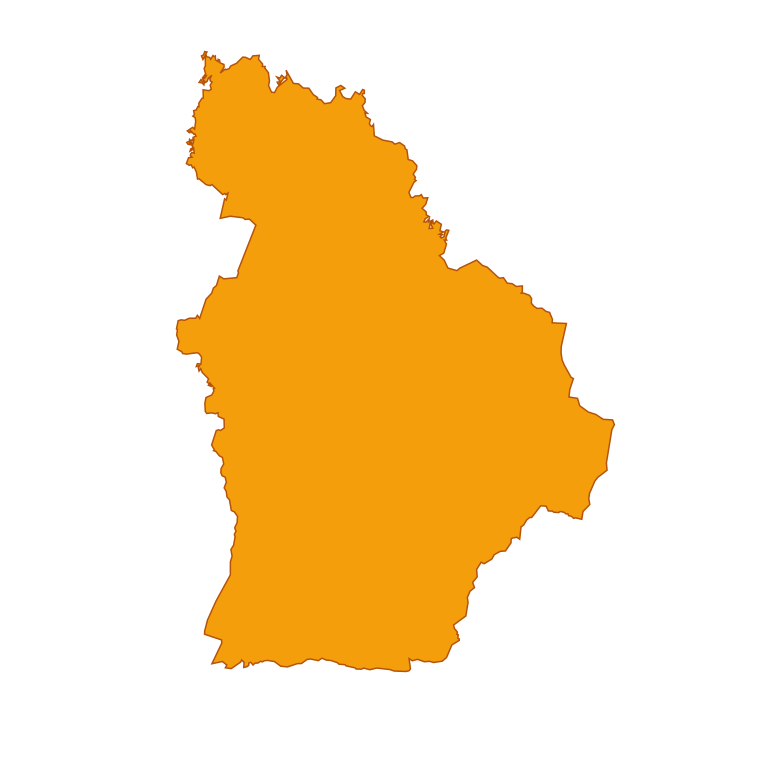 outline of Suciu De Sus, Maramures, Romania, rotated 279°
{"feature_id": "2599482B58467400013366", "entity_name": "Suciu De Sus", "entity_type": "district", "adm_level": 2, "iso_a3": "ROU", "parent_name": "Romania", "parent_adm1": "Maramures", "projection": "robinson", "projection_center": [24.066, 47.421], "detail": "fine", "context": "isolated", "style": "filled", "palette": "amber", "viewbox_px": 768, "rotation_deg": 279, "n_neighbors": 0, "source": "geoboundaries", "source_scale": "gbopen_adm2", "svg_char_len": 6139}
<svg xmlns="http://www.w3.org/2000/svg" viewBox="0 0 768 768"><g transform="rotate(279 384 384)"><path d="M340.7,616.0L374.5,616.2L379.9,617.9L384.3,615.4L383.4,606.0L387.1,597.9L388.3,590.1L393.1,580.7L400.1,577.4L400.1,568.7L407.8,568.4L419.0,570.2L419.8,567.8L430.7,559.2L435.7,556.1L442.5,554.0L448.9,553.2L472.3,554.7L470.7,540.5L474.1,540.3L480.6,536.4L481.1,532.5L483.6,528.2L482.6,523.4L484.2,519.9L486.8,516.9L491.4,516.4L494.3,513.9L495.6,507.9L495.2,505.3L497.0,506.2L502.5,505.3L501.0,499.4L503.1,494.9L502.9,489.9L507.7,485.3L506.6,481.7L507.4,479.7L515.5,467.8L516.5,462.7L520.9,456.1L510.4,440.9L507.4,438.3L508.5,429.0L515.7,424.1L519.5,418.6L522.7,422.6L532.0,423.8L535.7,420.9L535.9,423.4L537.9,422.2L545.9,424.0L546.0,421.8L544.8,420.6L538.6,420.1L537.2,417.7L538.2,416.4L540.7,418.2L540.6,415.2L543.5,419.0L544.1,415.2L550.7,415.7L553.2,410.2L549.9,408.3L551.1,406.9L549.5,405.1L545.5,407.8L544.6,404.3L551.2,404.6L552.0,407.0L553.6,406.5L551.0,402.7L554.4,402.8L550.4,400.1L550.4,398.0L553.9,399.0L556.5,402.3L557.6,399.4L560.6,398.7L563.5,394.1L568.0,397.1L574.8,398.1L573.8,393.6L576.9,391.2L575.4,389.6L574.6,385.4L572.6,383.4L572.6,381.3L577.2,378.6L587.8,382.0L589.9,383.9L590.9,382.2L593.0,382.7L595.9,380.0L601.1,382.5L604.7,382.3L608.9,377.3L609.5,372.8L618.9,370.0L619.6,368.3L622.3,367.0L624.9,361.7L622.6,357.2L624.4,354.2L624.7,344.7L627.6,335.6L638.7,333.0L636.4,331.9L637.1,330.2L638.8,328.8L643.1,329.2L644.9,324.6L648.7,322.8L648.8,325.2L651.2,321.6L655.4,319.1L659.1,321.2L662.8,320.8L665.6,317.4L667.3,317.5L667.9,319.1L671.1,318.6L671.5,316.8L666.2,314.6L668.1,310.0L660.2,306.6L660.0,301.7L661.4,298.3L666.9,294.2L670.0,299.0L672.1,294.6L668.9,290.2L661.2,291.2L653.5,287.3L651.6,281.4L654.9,277.2L654.9,273.4L656.6,273.5L658.8,268.8L664.4,263.5L663.7,257.9L667.1,252.6L666.7,247.5L678.6,238.2L674.3,239.9L671.5,238.8L671.0,237.8L672.9,234.6L669.9,233.2L670.4,230.2L666.4,234.4L665.4,231.3L662.9,233.2L670.4,237.2L671.0,240.0L669.6,240.5L660.4,232.2L654.7,230.3L654.7,227.2L660.7,223.3L665.3,223.5L673.4,221.1L677.5,216.8L679.0,217.0L678.6,214.1L681.0,214.1L685.1,209.3L689.1,209.4L687.6,203.2L683.6,201.1L685.0,196.1L684.8,193.4L677.6,188.1L674.2,182.9L671.3,181.7L669.7,179.0L670.2,177.9L665.5,173.6L672.1,176.5L674.6,175.9L675.5,171.9L678.4,170.8L678.7,169.4L676.4,169.7L677.8,166.9L681.6,166.1L680.8,165.1L681.7,163.7L677.6,162.1L679.3,160.7L679.5,157.5L682.4,156.4L684.2,157.2L684.3,154.9L680.9,154.3L679.5,152.4L676.2,154.4L680.4,156.1L670.4,157.8L667.5,157.0L662.3,159.3L657.7,156.6L659.0,158.6L660.8,159.0L660.9,160.3L658.2,159.2L656.8,157.2L654.4,159.9L654.4,157.4L656.0,155.6L652.9,154.2L652.9,157.3L651.3,159.3L653.1,159.3L655.2,161.9L658.6,162.7L662.0,165.6L658.0,164.3L656.1,165.1L655.4,166.9L651.9,165.6L648.1,167.3L646.3,165.1L646.3,159.3L638.2,160.8L637.7,159.5L632.5,157.2L628.9,157.8L628.9,156.7L625.4,155.7L624.2,153.2L620.4,154.6L618.6,153.3L617.7,155.8L614.0,156.9L606.1,157.1L607.6,154.9L603.2,150.1L601.8,152.4L603.8,153.1L602.3,154.1L603.1,154.5L600.9,157.3L601.5,158.0L599.4,159.6L597.7,156.8L596.1,157.0L596.0,158.7L594.7,155.7L593.6,156.3L594.8,156.3L593.9,158.1L591.4,157.7L592.3,155.9L590.6,155.9L591.0,154.2L594.2,155.1L595.2,153.7L593.3,153.8L591.8,151.4L590.2,152.8L589.9,157.3L587.6,158.0L588.0,159.5L586.1,156.4L583.7,156.0L586.3,159.3L582.3,160.5L582.6,158.0L580.9,157.0L579.2,157.1L578.0,158.9L576.9,155.6L570.8,154.3L569.6,157.3L570.3,159.3L567.6,161.2L568.5,162.5L564.1,165.5L557.2,167.8L557.8,169.1L553.1,177.1L552.7,181.2L554.1,182.8L545.9,195.0L547.3,197.1L546.3,198.0L548.2,200.0L541.0,199.5L542.0,197.6L522.0,196.3L525.7,206.0L526.1,218.8L524.8,221.0L525.8,225.3L520.9,232.6L472.8,222.0L470.9,222.9L466.0,221.9L462.8,209.3L464.8,204.5L455.1,203.1L452.0,200.5L446.8,199.6L439.9,195.0L420.0,191.7L422.6,188.9L419.5,187.7L418.5,181.4L415.7,177.1L415.7,173.8L414.4,170.8L405.9,170.4L405.6,171.4L399.8,171.6L394.1,174.8L386.0,174.3L384.3,179.1L382.6,180.4L382.6,184.1L385.7,194.8L384.8,196.9L382.1,199.6L375.1,200.1L374.9,196.5L371.9,195.9L373.2,198.8L371.1,198.0L367.9,199.3L370.4,200.6L366.8,202.9L361.6,209.9L358.2,209.0L356.8,211.3L355.3,210.7L354.7,213.4L358.3,211.2L353.3,217.3L352.6,216.1L350.5,217.1L346.2,215.6L342.8,210.3L336.9,210.1L328.9,211.8L327.2,213.5L328.6,218.7L328.2,222.0L329.6,224.5L326.0,225.4L324.3,231.5L315.7,233.1L312.5,229.8L312.9,227.7L311.7,225.6L296.8,223.3L292.2,226.9L291.5,226.2L291.0,228.6L287.3,232.6L286.2,235.9L280.0,238.2L274.9,236.3L270.7,236.8L268.1,238.4L267.1,241.7L262.5,243.6L256.4,242.4L253.2,245.0L247.9,246.6L245.4,249.5L235.2,253.0L234.3,256.2L230.4,260.0L224.0,260.6L218.5,259.0L215.4,260.9L212.1,259.7L209.8,260.8L201.4,260.7L196.6,258.7L190.1,260.9L184.4,260.1L171.4,262.1L143.5,252.1L123.3,246.6L111.7,245.5L108.8,245.9L105.8,263.6L102.7,264.3L80.8,257.8L84.6,267.7L81.9,272.7L78.9,271.7L79.0,277.6L86.9,285.9L89.2,286.6L87.3,289.0L88.0,289.3L82.1,289.8L83.3,292.8L85.0,294.4L87.2,294.1L88.3,295.9L86.0,298.6L88.1,300.2L88.7,303.2L90.8,305.4L90.5,307.3L92.1,309.4L92.8,312.7L92.7,319.3L89.1,326.2L89.5,333.0L94.2,342.0L95.0,346.2L99.9,351.1L100.9,354.4L100.5,362.4L103.5,365.7L102.3,370.0L102.6,374.8L101.5,381.4L100.2,383.4L100.7,389.4L99.7,390.6L99.1,399.9L98.1,401.1L98.9,406.6L100.2,408.2L99.6,414.7L102.3,421.2L102.9,434.5L102.1,438.8L103.5,450.7L104.7,453.6L106.7,454.7L116.7,451.7L115.1,455.2L117.3,460.2L116.0,467.2L117.2,472.4L116.7,476.5L119.3,484.8L123.5,488.5L137.0,491.9L142.5,498.4L143.9,498.3L144.4,496.7L148.0,496.5L148.2,495.2L150.4,495.3L153.5,491.9L156.8,490.4L167.7,501.1L181.4,501.2L186.1,499.7L192.8,501.4L197.1,505.2L201.9,502.6L208.1,506.2L215.4,504.5L223.1,507.8L222.2,511.1L228.0,517.9L232.7,519.6L236.9,525.0L238.1,530.1L247.0,534.3L250.8,533.8L251.9,534.8L253.4,539.3L251.9,542.3L264.3,541.7L266.7,544.1L271.9,546.1L274.9,548.7L275.3,550.8L288.2,557.8L288.7,563.3L284.3,566.2L284.8,570.3L283.9,571.7L284.4,576.7L285.6,577.8L285.5,581.8L284.2,584.1L284.6,585.9L282.8,586.9L282.7,589.7L281.0,592.3L281.8,594.2L281.3,600.5L289.2,600.5L297.2,606.1L302.8,604.2L308.1,604.1L321.0,607.4L325.2,609.7L333.8,617.8L340.7,616.0Z" fill="#f59e0b" stroke="#b45309" stroke-width="1.5"/></g></svg>